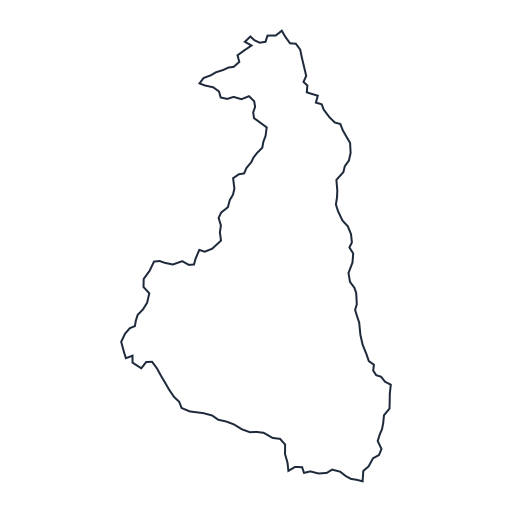 outline of Jarinu, São Paulo, Brazil
{"feature_id": "56859067B61346440188878", "entity_name": "Jarinu", "entity_type": "district", "adm_level": 2, "iso_a3": "BRA", "parent_name": "Brazil", "parent_adm1": "São Paulo", "projection": "albers", "projection_center": [-46.723, -23.095], "detail": "fine", "context": "isolated", "style": "outline", "palette": "slate", "viewbox_px": 512, "rotation_deg": 0, "n_neighbors": 0, "source": "geoboundaries", "source_scale": "gbopen_adm2", "svg_char_len": 2319}
<svg xmlns="http://www.w3.org/2000/svg" viewBox="0 0 512 512"><path d="M317.8,95.7L311.7,93.9L306.8,92.3L307.4,85.5L303.5,81.9L306.2,75.9L304.3,67.9L301.8,57.4L300.2,49.6L295.8,43.7L290.0,43.3L285.1,36.5L281.8,30.7L275.8,35.5L267.5,35.6L265.5,41.8L259.7,42.7L254.5,40.3L250.4,36.5L244.9,41.8L251.5,45.5L244.4,50.3L237.5,55.3L239.3,61.9L233.6,66.9L228.6,67.5L223.1,70.0L215.9,72.3L210.8,75.3L203.6,78.0L199.5,83.4L205.0,85.5L213.3,87.3L219.0,91.5L220.7,97.5L227.2,98.9L233.6,96.9L241.4,99.2L249.0,96.2L254.2,101.3L255.1,106.8L253.2,112.4L254.0,118.1L266.7,127.4L265.6,135.7L263.3,142.0L262.3,147.7L257.2,152.8L253.5,157.5L251.2,162.3L246.5,167.9L244.1,173.4L238.8,174.3L233.1,178.2L234.4,188.7L233.0,194.6L229.8,200.0L227.9,207.2L221.2,212.5L218.6,217.9L220.9,225.4L219.9,232.4L221.0,240.6L212.2,248.7L204.7,251.7L199.3,249.9L195.6,258.6L194.0,264.5L188.9,264.9L182.2,261.2L172.8,264.5L164.7,262.8L159.6,261.0L154.0,261.6L149.6,270.8L143.7,278.9L143.5,287.0L149.3,293.3L147.1,302.8L142.9,309.5L137.7,314.8L135.8,320.8L134.9,326.1L129.8,328.2L125.1,333.6L121.2,341.8L124.0,352.2L125.9,358.2L132.5,355.7L132.5,362.6L141.3,368.3L146.2,362.0L152.1,361.8L156.9,368.3L161.4,376.5L164.7,382.0L169.0,389.5L174.0,396.9L179.2,401.8L181.6,408.0L189.7,411.4L195.7,412.2L203.2,413.1L212.2,415.5L218.1,419.7L226.2,421.5L233.9,424.4L241.9,429.3L249.9,432.2L256.5,431.9L263.7,432.8L272.5,437.9L280.1,438.9L285.1,444.5L285.0,454.0L287.5,462.7L288.4,470.9L295.1,466.9L302.1,467.2L304.0,472.9L310.3,471.4L318.6,473.5L326.8,472.9L332.1,469.6L340.2,471.7L345.8,476.1L351.0,478.9L356.7,479.8L362.6,481.3L363.3,470.9L368.6,466.4L373.0,458.3L379.0,455.0L381.5,449.0L377.7,441.0L379.8,434.3L382.0,429.3L383.2,423.0L384.0,415.2L389.5,408.6L389.7,401.5L389.8,393.7L390.8,384.7L385.1,381.8L381.0,376.7L376.2,375.2L373.2,370.6L373.9,364.7L368.8,361.1L366.5,354.3L362.6,344.6L360.4,334.9L359.2,322.6L356.9,315.8L355.1,309.9L356.8,304.3L356.2,293.0L354.4,287.8L350.0,281.9L348.5,273.0L352.5,262.5L353.2,253.4L349.4,247.5L351.9,242.4L351.0,234.1L347.8,226.3L342.5,220.6L338.1,211.4L335.9,204.5L337.0,197.5L337.3,190.7L336.4,179.9L343.4,172.1L344.8,166.2L348.9,160.6L350.6,153.0L350.1,142.9L346.6,137.0L342.8,130.3L340.3,124.0L334.8,122.5L329.4,117.2L323.6,109.5L321.7,104.3L315.9,102.6L317.8,95.7Z" fill="none" stroke="#1e293b" stroke-width="2"/></svg>